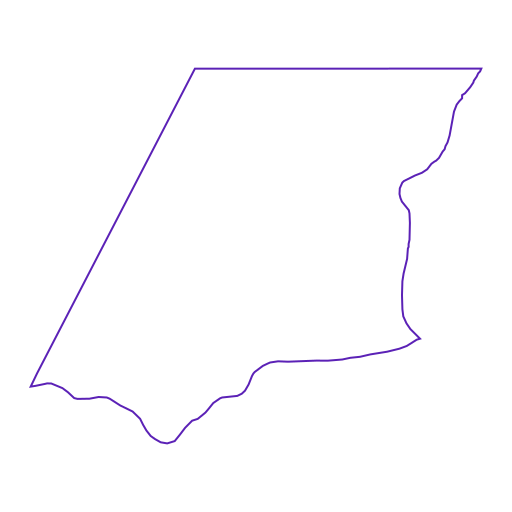 Nentón, Huehuetenango, Guatemala
{"feature_id": "79465075B15120752201699", "entity_name": "Nentón", "entity_type": "district", "adm_level": 2, "iso_a3": "GTM", "parent_name": "Guatemala", "parent_adm1": "Huehuetenango", "projection": "robinson", "projection_center": [-91.636, 15.932], "detail": "fine", "context": "isolated", "style": "outline", "palette": "violet", "viewbox_px": 512, "rotation_deg": 0, "n_neighbors": 0, "source": "geoboundaries", "source_scale": "gbopen_adm2", "svg_char_len": 1352}
<svg xmlns="http://www.w3.org/2000/svg" viewBox="0 0 512 512"><path d="M197.7,418.9L205.4,412.6L207.8,409.8L213.3,403.0L220.1,398.3L222.1,397.5L237.3,395.9L241.8,393.7L245.0,390.7L248.6,384.5L252.0,376.0L253.4,373.5L254.7,372.0L262.8,365.9L267.6,363.6L270.1,362.5L278.1,361.3L288.0,361.7L316.5,360.6L327.5,360.7L342.3,359.5L350.3,357.8L360.0,356.8L370.4,354.4L387.2,351.7L399.4,348.7L406.7,346.0L416.7,339.7L420.0,338.7L410.4,329.1L406.5,323.4L403.3,316.4L402.4,309.3L402.0,295.1L402.4,281.2L403.6,273.5L407.1,258.9L407.9,248.4L408.6,246.9L408.6,244.0L409.5,239.8L409.9,223.0L409.5,213.5L408.8,210.2L401.9,201.6L400.4,197.9L399.5,194.0L399.8,188.3L402.3,182.6L404.0,181.0L415.0,175.5L421.9,172.8L427.2,169.3L431.4,163.8L434.4,161.6L436.1,160.7L439.0,157.9L442.7,151.5L444.6,149.3L445.5,146.1L447.5,142.5L449.6,135.5L454.0,111.6L456.7,104.6L459.4,101.1L462.1,98.3L462.1,95.1L465.0,93.3L470.2,87.2L473.3,82.6L473.9,80.6L476.7,76.6L478.2,73.3L480.1,71.4L481.3,68.6L194.9,68.7L37.0,373.5L30.7,386.6L35.3,385.9L45.0,383.9L47.1,383.4L51.3,383.5L62.4,388.1L67.9,392.2L74.2,398.1L77.5,398.9L89.5,398.7L98.6,397.0L106.8,397.5L109.7,398.7L120.3,405.5L132.6,411.5L140.1,418.8L143.2,425.0L146.4,430.5L150.7,436.0L154.9,439.0L160.7,442.3L167.2,443.4L174.7,441.1L179.8,434.8L185.2,427.7L192.1,420.7L197.7,418.9Z" fill="none" stroke="#5b21b6" stroke-width="2"/></svg>